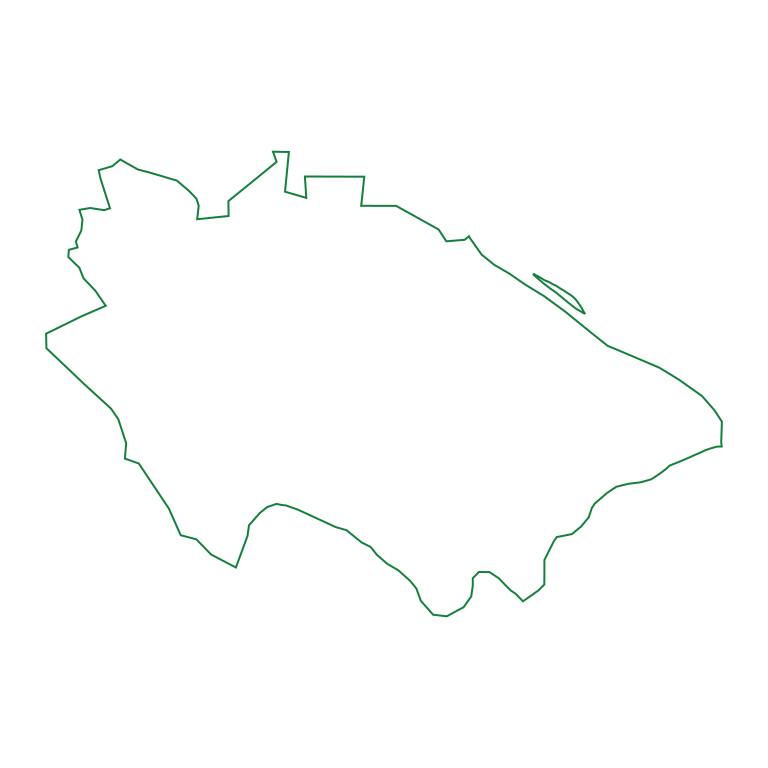 the district of Giza, Al Jizah, Egypt
{"feature_id": "37247803B59036266241246", "entity_name": "Giza", "entity_type": "district", "adm_level": 2, "iso_a3": "EGY", "parent_name": "Egypt", "parent_adm1": "Al Jizah", "projection": "albers", "projection_center": [31.23, 29.943], "detail": "fine", "context": "isolated", "style": "outline", "palette": "green", "viewbox_px": 768, "rotation_deg": 0, "n_neighbors": 0, "source": "geoboundaries", "source_scale": "gbopen_adm2", "svg_char_len": 3842}
<svg xmlns="http://www.w3.org/2000/svg" viewBox="0 0 768 768"><path d="M46.1,333.7L46.4,348.2L84.5,384.4L111.0,408.6L118.3,419.2L126.2,443.3L124.9,458.6L138.8,463.5L168.9,508.6L180.7,535.2L196.3,539.3L211.2,554.6L235.9,567.5L247.5,536.0L249.0,525.3L259.7,513.1L267.3,507.0L276.5,503.9L281.8,505.0L285.8,505.4L297.5,509.5L299.3,510.3L317.1,518.5L332.9,525.8L335.8,527.1L346.5,530.2L361.7,542.5L370.8,547.1L376.9,554.8L385.8,562.6L387.5,564.0L398.2,570.2L410.3,581.0L416.4,588.6L420.9,600.9L433.1,614.7L435.6,615.0L446.8,616.3L453.7,612.5L463.6,607.2L471.2,596.5L472.8,585.8L472.8,578.1L478.9,572.0L489.5,572.1L498.7,578.2L504.7,584.4L510.8,590.5L515.4,593.6L523.0,601.3L538.2,590.6L544.3,584.5L544.4,573.8L544.4,560.0L553.6,541.7L556.7,537.1L571.9,534.1L581.1,526.5L588.7,517.3L591.8,508.1L594.8,503.5L607.1,492.9L616.2,486.8L621.1,485.6L628.4,483.8L640.6,482.3L651.3,479.3L660.4,473.2L666.5,468.6L669.6,465.6L680.8,461.1L684.8,459.4L689.5,457.4L695.4,454.7L699.8,452.9L704.7,450.5L706.8,449.7L711.6,448.1L717.1,446.6L721.7,446.5L721.2,442.4L721.9,421.7L714.5,410.3L702.0,396.0L679.1,379.8L659.4,367.7L633.5,356.7L626.2,353.6L607.6,345.8L591.0,332.6L564.8,311.3L544.0,296.1L524.3,284.0L509.8,273.9L494.2,264.8L493.7,264.4L493.4,264.2L493.1,263.9L481.7,254.7L470.1,238.3L468.9,236.3L464.6,239.8L446.3,241.3L438.7,229.6L420.5,219.4L396.2,205.9L361.2,205.8L364.3,176.7L304.9,176.5L306.3,197.9L285.0,191.7L288.9,152.0L273.0,151.7L276.6,161.9L247.0,186.0L228.4,201.1L228.6,216.0L197.2,219.2L198.7,205.7L196.5,198.8L189.0,190.9L176.9,180.6L169.7,178.5L163.8,176.7L158.6,175.2L150.1,172.7L143.7,171.0L137.9,169.5L130.1,165.1L126.2,162.9L120.3,159.5L118.8,160.8L114.5,164.4L112.5,166.1L98.7,170.2L100.6,179.0L110.0,208.2L104.2,210.2L90.3,208.0L79.4,209.8L82.5,219.8L81.3,230.6L75.9,241.5L77.6,247.5L68.9,249.8L68.3,257.0L79.4,267.8L83.5,278.3L95.4,290.8L105.7,305.8L80.2,316.9L62.4,325.7L46.1,333.7ZM584.4,313.5L584.5,313.5L584.7,313.4L584.6,313.2L584.5,312.9L584.4,312.8L584.3,312.7L584.2,312.5L584.2,312.4L583.5,311.5L583.1,310.7L582.7,309.8L582.2,309.0L581.8,308.2L581.5,307.7L581.2,307.2L580.9,306.7L580.5,306.2L580.2,305.7L579.1,304.1L577.9,302.5L577.3,301.5L576.9,301.0L576.5,300.6L576.1,300.1L575.7,299.6L575.3,299.1L574.9,298.7L574.5,298.3L574.2,298.0L573.9,297.7L573.6,297.4L573.4,297.2L573.1,296.9L572.8,296.7L572.5,296.4L572.2,296.2L571.8,295.9L571.5,295.7L571.2,295.5L569.7,294.5L568.2,293.5L566.7,292.5L565.2,291.5L564.1,290.8L563.0,290.1L561.9,289.5L560.8,288.8L559.7,288.1L558.6,287.4L557.6,286.7L556.5,286.0L556.1,285.8L555.8,285.6L555.5,285.5L555.2,285.3L554.9,285.2L554.5,285.0L553.2,284.4L552.6,284.1L551.5,283.5L550.9,283.1L549.8,282.5L549.2,282.1L548.7,281.9L548.2,281.7L547.9,281.6L547.7,281.4L547.4,281.4L547.1,281.3L546.9,281.2L546.6,281.1L546.3,281.0L546.1,280.9L545.8,280.8L545.6,280.7L545.3,280.6L545.1,280.5L544.8,280.3L544.6,280.2L543.9,279.9L543.4,279.6L542.9,279.3L542.4,278.9L541.7,278.5L541.0,278.0L540.4,277.7L539.3,277.1L538.3,276.5L537.0,275.8L536.1,275.4L535.3,274.9L534.5,274.4L534.4,274.3L534.3,274.2L534.2,274.2L533.9,274.1L533.7,274.2L533.6,274.3L533.5,274.5L533.6,274.8L533.8,274.9L533.8,275.0L534.0,275.1L534.4,275.4L534.7,275.7L535.5,276.4L536.2,277.0L536.9,277.6L537.7,278.3L538.7,279.2L539.7,280.1L540.7,281.0L541.8,281.9L543.6,283.5L544.7,284.3L545.7,285.1L547.8,286.6L549.8,288.2L551.5,289.4L553.2,290.5L554.8,291.7L555.7,292.3L556.5,292.9L558.0,294.1L559.5,295.4L560.9,296.6L562.4,297.8L563.7,298.9L565.1,300.0L566.4,301.1L567.7,302.2L569.3,303.5L570.9,304.7L572.5,306.0L574.2,307.3L575.1,308.0L576.1,308.7L576.6,309.0L576.9,309.2L577.3,309.5L577.7,309.7L578.0,309.9L579.1,310.5L580.2,311.1L581.2,311.7L582.2,312.3L582.3,312.4L582.4,312.5L582.5,312.6L582.9,312.8L583.0,312.8L583.4,313.0L583.6,313.1L583.8,313.2L584.0,313.3L584.3,313.4L584.4,313.5Z" fill="none" stroke="#15803d" stroke-width="2"/></svg>